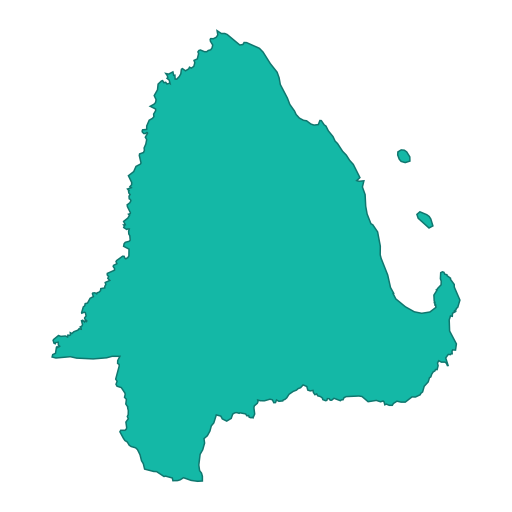 Kinondoni, Dar-Es-Salaam, United Republic of Tanzania
{"feature_id": "72390352B66429416458525", "entity_name": "Kinondoni", "entity_type": "district", "adm_level": 2, "iso_a3": "TZA", "parent_name": "United Republic of Tanzania", "parent_adm1": "Dar-Es-Salaam", "projection": "orthographic", "projection_center": [39.159, -6.719], "detail": "fine", "context": "isolated", "style": "filled", "palette": "teal", "viewbox_px": 512, "rotation_deg": 0, "n_neighbors": 0, "source": "geoboundaries", "source_scale": "gbopen_adm2", "svg_char_len": 6006}
<svg xmlns="http://www.w3.org/2000/svg" viewBox="0 0 512 512"><path d="M448.1,365.5L445.7,357.9L448.3,354.4L450.6,354.6L451.3,353.6L452.2,353.7L452.0,351.3L452.6,349.9L455.5,350.1L456.4,343.9L449.6,331.0L449.2,319.9L450.5,315.9L452.3,316.3L452.5,313.3L455.3,311.7L454.3,311.3L454.5,310.7L455.9,310.1L456.3,308.6L457.8,307.2L459.9,300.1L454.3,287.1L454.2,284.4L450.6,279.5L450.5,278.2L447.1,275.7L446.9,274.7L444.8,274.2L443.9,272.3L442.4,271.8L440.7,272.7L440.4,278.8L441.2,281.1L441.1,284.8L437.4,288.7L437.2,289.6L436.4,289.9L436.8,290.5L433.9,295.1L434.2,301.0L434.9,302.3L434.3,302.8L434.9,303.4L434.9,305.0L435.6,304.9L435.9,307.4L429.9,312.0L421.7,313.3L414.3,311.8L405.4,306.8L395.8,298.9L393.1,293.6L393.7,293.3L390.5,287.5L387.7,275.0L381.1,258.3L380.2,254.8L380.3,246.2L377.6,231.9L372.8,224.8L370.9,223.7L367.1,214.0L365.7,206.2L365.1,194.6L362.4,187.0L363.9,180.8L359.0,181.3L356.7,180.6L359.9,177.6L353.3,164.4L349.6,160.3L346.3,155.1L342.6,151.3L337.5,143.5L335.1,141.1L333.0,136.6L328.3,130.8L325.9,126.0L324.3,125.0L321.3,120.6L319.9,120.5L318.3,124.6L314.0,125.1L310.8,124.0L306.6,120.8L303.5,120.3L299.4,118.1L296.1,114.5L294.5,111.0L289.8,104.4L287.4,98.1L280.3,84.5L279.1,77.8L277.1,72.2L270.3,63.6L263.0,52.0L259.4,48.3L246.6,42.6L244.1,42.5L242.9,44.5L239.8,45.0L227.2,34.5L224.8,33.5L221.3,33.5L217.1,30.7L217.8,34.9L216.3,37.2L213.4,38.7L210.7,38.6L210.2,39.4L210.4,41.2L212.7,45.0L212.1,47.8L210.7,49.8L208.2,50.5L206.8,51.7L204.5,51.7L200.4,50.0L198.9,50.5L197.9,51.9L198.6,53.6L197.3,58.9L194.0,60.4L194.8,62.7L193.8,66.4L191.3,68.1L189.5,67.2L188.7,68.9L185.5,70.8L182.4,68.6L181.4,69.3L180.8,73.8L179.4,76.4L176.7,79.2L175.1,79.0L174.9,75.2L173.7,75.4L172.9,71.9L168.6,74.1L165.8,73.5L167.4,75.8L167.8,77.5L167.0,78.3L169.2,80.1L170.1,83.6L169.5,83.2L167.0,84.0L165.7,82.3L163.9,82.7L162.6,80.6L161.4,81.0L158.1,84.1L157.5,89.8L154.2,95.6L156.1,99.7L155.5,102.6L154.0,104.2L150.2,106.3L155.6,109.0L155.6,110.8L153.6,114.1L153.9,116.7L152.4,118.4L149.2,120.2L146.7,126.0L146.7,129.4L142.6,129.8L142.2,130.8L142.2,131.8L143.7,133.5L145.2,133.6L146.7,132.5L147.4,132.6L147.5,133.5L145.3,137.2L146.7,139.5L145.8,144.1L144.1,148.0L144.4,150.4L143.5,152.5L139.6,153.9L139.3,155.5L141.0,162.9L140.4,164.1L136.0,166.4L133.7,171.6L128.4,175.7L131.7,182.5L131.6,184.8L129.9,186.7L131.2,187.7L127.5,189.0L129.0,190.6L128.5,190.9L128.9,193.1L130.1,194.5L129.0,196.2L129.2,198.8L130.4,199.5L130.9,200.7L129.9,202.7L126.6,205.3L127.2,204.9L127.4,206.6L130.4,212.7L130.3,213.6L128.5,214.2L129.5,215.3L127.8,218.1L123.6,221.4L125.3,224.7L123.6,224.9L124.4,225.8L123.7,227.5L126.8,229.5L127.7,228.9L129.3,229.0L128.6,231.2L128.8,234.0L129.8,235.7L130.2,240.1L129.4,241.2L125.3,242.3L124.1,243.7L123.6,246.3L129.0,249.1L128.9,255.9L127.8,257.6L125.8,258.8L124.8,258.1L124.1,256.3L122.6,256.2L116.7,260.5L116.0,261.5L116.9,263.7L113.5,265.4L113.2,266.6L114.5,268.3L114.5,270.2L107.3,273.4L107.2,274.9L108.6,276.5L107.8,278.4L109.8,280.4L105.2,282.5L105.8,284.6L104.8,286.3L104.8,287.9L100.8,288.6L100.5,290.7L99.2,292.1L97.1,292.8L96.7,293.8L94.8,292.8L92.8,293.0L92.4,293.7L93.4,296.6L90.1,298.3L87.5,303.1L85.2,303.6L84.7,305.9L83.3,306.9L81.6,312.7L81.8,313.2L84.3,312.2L85.3,312.6L86.1,315.9L84.6,317.9L84.7,318.8L86.8,320.9L86.5,321.6L85.2,320.9L84.6,322.0L83.7,320.9L82.5,321.4L82.5,320.3L81.5,320.7L82.5,324.6L82.0,325.9L80.2,327.0L81.0,327.6L81.2,329.2L79.1,328.7L77.8,330.2L73.9,331.7L71.9,333.5L70.3,332.7L70.5,334.8L69.8,335.4L67.9,335.1L67.6,337.0L65.4,336.0L60.8,336.4L58.5,335.5L53.7,339.4L53.1,340.3L54.0,343.2L55.2,343.7L55.4,342.6L58.2,342.2L58.4,345.2L59.7,346.2L58.7,347.0L57.0,346.8L57.0,347.7L56.4,347.6L55.5,353.3L52.7,354.6L52.1,357.0L55.9,358.0L70.3,356.7L76.6,358.1L93.1,358.9L106.6,357.8L112.2,356.3L119.9,356.3L117.7,360.6L117.6,363.4L119.1,364.4L119.2,366.0L115.7,379.1L117.1,381.3L116.0,384.3L117.0,386.2L121.3,387.6L124.9,393.0L125.2,394.5L124.5,397.3L126.4,399.3L125.8,404.0L127.6,406.7L127.9,406.3L127.6,407.7L128.3,410.5L128.2,414.7L127.3,416.5L128.3,418.7L125.9,422.1L126.7,427.7L126.2,429.2L125.0,430.3L120.7,430.3L119.9,431.8L123.4,438.3L124.9,440.5L127.3,442.0L129.2,445.2L131.1,446.5L135.6,447.8L137.5,449.6L140.0,454.7L141.5,460.7L143.3,463.7L144.6,469.1L153.8,471.5L156.6,471.6L164.0,476.5L165.5,476.1L172.3,478.0L172.9,480.7L177.6,480.6L180.2,479.8L183.5,477.7L191.1,480.4L197.6,481.3L202.4,481.0L202.4,476.3L201.5,473.1L199.6,470.6L198.8,465.0L200.1,454.3L202.7,449.8L204.6,443.1L204.0,438.6L207.3,435.8L209.9,431.1L211.3,425.9L213.8,422.9L216.3,414.9L220.8,416.1L222.3,418.9L226.7,421.1L231.2,418.4L232.7,414.1L234.8,412.8L236.8,412.6L239.2,413.3L239.9,412.8L245.6,413.9L246.9,415.8L248.6,415.5L249.2,417.2L251.1,417.8L252.3,417.3L253.0,417.9L254.7,414.0L253.9,407.8L254.3,405.9L257.3,403.3L258.0,401.6L257.7,400.0L260.1,400.7L264.4,400.8L269.9,399.2L272.4,399.8L273.8,402.7L275.5,402.6L276.5,400.0L278.9,401.3L282.8,400.9L283.3,399.9L284.8,399.5L286.7,397.9L289.0,394.3L293.2,391.4L296.5,390.1L298.1,388.6L300.6,387.7L303.1,384.9L306.8,386.5L307.8,390.1L310.2,390.9L313.0,390.4L313.4,392.5L314.9,394.7L316.7,393.9L317.7,395.8L320.5,396.6L322.5,398.2L322.8,399.6L325.6,400.7L326.8,400.4L327.4,398.6L329.3,398.7L330.2,400.2L331.7,400.2L334.0,398.3L340.4,400.7L341.5,399.8L343.0,399.8L344.0,397.7L346.1,396.6L358.9,396.0L362.0,396.5L368.1,401.7L376.3,400.4L380.6,401.8L383.0,401.0L384.1,401.9L384.8,404.8L386.3,404.1L389.2,405.3L392.3,405.3L393.4,403.5L396.9,401.2L401.0,402.1L405.3,402.1L412.0,396.9L415.5,397.0L420.3,394.7L420.7,393.5L422.6,391.9L424.2,386.3L428.2,381.9L429.5,377.7L430.8,376.9L431.8,374.0L433.2,371.9L434.9,370.9L435.5,369.5L437.1,369.6L438.1,365.7L437.5,363.0L438.8,360.7L441.3,362.1L445.0,362.1L446.5,363.4L447.4,365.6L448.1,365.5ZM432.9,225.9L430.8,219.0L429.2,216.5L426.8,214.7L419.9,211.8L416.9,214.4L418.2,218.3L429.0,228.0L432.9,225.9ZM409.9,161.1L409.8,156.9L406.7,151.9L404.3,150.2L401.2,149.9L397.9,151.9L397.7,155.0L399.2,159.1L401.1,161.4L405.2,162.6L409.9,161.1Z" fill="#14b8a6" stroke="#0f766e" stroke-width="1.5"/></svg>